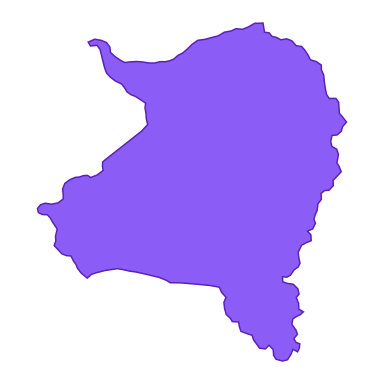 Cromínia, Goiás, Brazil (orthographic projection)
{"feature_id": "56859067B21383139216315", "entity_name": "Cromínia", "entity_type": "district", "adm_level": 2, "iso_a3": "BRA", "parent_name": "Brazil", "parent_adm1": "Goiás", "projection": "orthographic", "projection_center": [-49.359, -17.252], "detail": "fine", "context": "isolated", "style": "filled", "palette": "violet", "viewbox_px": 384, "rotation_deg": 0, "n_neighbors": 0, "source": "geoboundaries", "source_scale": "gbopen_adm2", "svg_char_len": 2604}
<svg xmlns="http://www.w3.org/2000/svg" viewBox="0 0 384 384"><path d="M287.5,359.8L291.1,354.1L292.9,349.3L297.6,351.8L299.3,348.2L299.8,343.8L296.1,342.4L293.8,338.7L297.4,334.3L296.1,330.3L291.9,324.4L292.8,318.9L296.8,316.3L300.3,314.6L303.4,311.9L298.9,309.1L298.6,303.4L296.3,297.5L299.1,294.0L297.8,288.8L293.2,284.2L287.2,283.4L282.8,281.8L282.4,276.7L286.9,277.2L290.5,275.2L294.0,270.0L298.2,266.9L300.0,263.2L298.8,257.6L298.2,252.3L301.5,245.3L306.3,242.7L311.2,240.7L310.9,234.8L307.4,231.1L312.6,229.0L315.5,223.2L313.9,219.3L315.2,214.9L317.2,210.2L317.9,203.8L321.4,199.4L321.0,193.5L324.4,190.7L329.2,190.1L333.3,185.6L333.1,180.4L337.3,176.0L341.2,171.7L339.1,166.4L336.9,162.9L337.7,158.7L338.4,154.4L336.7,149.2L331.9,146.5L330.7,141.5L332.1,135.4L336.9,135.0L341.2,131.4L342.7,126.5L346.5,122.1L343.0,117.5L339.4,113.3L339.0,107.6L338.6,102.2L335.9,98.4L329.1,98.4L326.5,94.3L325.2,87.7L324.3,81.6L323.7,75.0L321.4,69.8L321.3,65.0L316.2,61.5L310.4,59.8L308.1,55.2L305.0,50.4L301.6,46.5L296.2,45.7L291.7,40.7L286.6,38.8L280.9,39.8L276.4,37.4L272.0,36.4L269.1,32.8L264.5,32.2L263.0,23.0L258.9,23.3L254.9,23.2L248.0,27.1L242.5,29.3L236.1,28.7L231.3,30.9L224.4,32.2L218.1,35.9L213.7,37.0L204.7,39.4L197.8,40.3L192.0,44.4L187.6,48.8L182.9,52.9L178.1,55.3L173.7,59.1L169.6,60.8L165.4,61.7L159.8,61.7L154.9,63.0L149.2,63.0L142.7,62.0L137.0,61.5L128.7,62.0L124.8,62.6L121.0,60.6L115.7,57.1L110.5,52.5L109.9,47.1L106.4,42.5L101.1,40.3L94.7,39.2L88.2,42.1L90.5,46.0L97.0,45.3L100.1,49.5L103.3,62.7L104.7,68.1L106.6,73.1L110.4,77.2L114.9,80.7L121.6,84.0L124.5,87.7L127.0,91.9L131.4,94.9L135.0,96.2L141.4,100.2L145.6,103.2L145.0,108.0L146.0,113.5L146.3,118.8L147.7,124.4L141.9,130.9L106.2,159.0L102.7,161.9L102.4,166.0L103.2,170.3L97.2,175.0L90.7,177.5L87.5,175.4L83.5,175.6L79.5,177.0L75.1,177.4L70.1,179.6L64.9,183.3L62.6,189.0L63.2,195.0L63.2,199.0L58.0,202.9L51.5,204.2L45.3,203.2L40.6,204.7L37.5,208.4L38.4,212.6L42.3,214.5L47.4,214.8L50.3,218.0L52.6,222.2L57.2,229.0L55.5,236.2L55.8,240.9L54.2,245.6L57.4,249.0L61.8,253.7L66.2,255.6L71.0,256.0L73.3,260.7L76.0,264.5L77.4,268.2L81.2,273.1L87.3,278.1L91.2,274.5L96.0,272.8L105.6,270.4L117.3,268.7L122.5,269.5L129.5,271.1L135.9,272.0L147.2,274.5L159.1,277.4L166.3,280.3L170.1,282.7L181.2,282.9L199.1,284.4L210.1,285.5L219.3,287.2L221.7,292.5L226.0,297.3L223.9,302.5L224.6,308.5L226.2,314.5L230.4,318.3L232.3,321.6L238.6,322.0L239.4,327.0L241.0,331.4L247.5,333.8L252.1,335.3L253.5,339.7L259.6,348.2L265.4,348.9L269.0,345.2L273.2,349.7L273.6,355.4L276.0,359.2L282.4,361.0L287.5,359.8Z" fill="#8b5cf6" stroke="#5b21b6" stroke-width="1.5"/></svg>